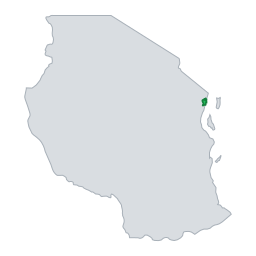 Tanga Urban, Tanga, United Republic of Tanzania shown in context
{"feature_id": "72390352B10610893489740", "entity_name": "Tanga Urban", "entity_type": "district", "adm_level": 2, "iso_a3": "TZA", "parent_name": "United Republic of Tanzania", "parent_adm1": "Tanga", "projection": "robinson", "projection_center": [39.063, -5.126], "detail": "fine", "context": "in_parent", "style": "filled", "palette": "green", "viewbox_px": 256, "rotation_deg": 0, "n_neighbors": 0, "source": "geoboundaries", "source_scale": "gbopen_adm2", "svg_char_len": 5159}
<svg xmlns="http://www.w3.org/2000/svg" viewBox="0 0 256 256"><path d="M91.8,192.1L88.8,190.3L86.0,189.2L83.8,188.0L82.8,186.9L80.7,186.4L78.8,186.2L77.2,185.1L73.7,184.7L73.3,184.0L73.2,182.4L72.6,181.9L71.4,181.5L70.0,181.5L69.2,181.8L68.7,181.6L67.6,180.7L66.5,179.5L66.1,177.5L64.5,176.3L62.7,175.3L57.6,175.4L56.8,175.1L55.6,174.1L54.2,172.5L53.1,170.7L52.1,168.1L51.0,164.7L45.1,151.2L44.5,148.7L43.4,145.8L41.5,142.3L39.5,139.8L36.8,137.4L33.8,135.1L32.1,133.5L29.0,127.1L28.3,124.1L27.8,121.1L28.0,119.8L30.0,115.8L30.1,114.7L29.9,113.2L28.9,110.0L27.7,106.2L25.2,99.2L24.8,97.4L24.8,96.1L26.3,88.9L26.3,87.9L32.1,88.1L36.3,85.0L40.0,80.3L40.8,78.4L42.3,75.4L43.8,73.9L44.3,72.8L45.2,69.9L47.1,67.8L49.0,66.3L48.6,65.2L48.9,64.8L49.9,64.0L51.9,63.3L52.3,61.7L52.3,59.9L52.0,58.9L52.0,57.8L51.7,57.2L50.4,57.0L48.5,56.1L46.8,55.8L45.7,55.2L45.3,54.9L45.1,53.8L46.0,51.1L45.1,50.0L47.1,45.4L47.5,44.9L48.2,44.8L49.4,44.3L50.5,44.1L51.4,44.3L52.0,44.1L52.6,43.6L53.1,42.1L53.5,39.5L53.2,37.4L52.4,35.8L52.2,33.3L52.5,30.0L52.3,27.3L51.3,25.1L50.4,23.8L48.9,23.2L46.6,19.8L45.9,18.2L46.0,17.2L46.8,16.8L48.3,16.9L49.6,16.5L50.9,15.6L52.2,15.4L52.8,15.5L111.0,15.5L179.0,58.4L179.3,59.0L179.8,62.7L179.7,63.9L178.7,66.0L178.4,67.2L178.4,67.9L178.6,68.2L179.5,68.4L180.3,68.9L180.5,69.3L181.1,70.9L181.9,71.7L207.7,92.7L208.3,93.1L207.9,94.8L206.5,99.1L206.4,100.9L205.8,103.0L205.2,104.4L203.8,110.4L202.5,112.7L200.8,118.0L200.5,122.0L201.5,124.8L201.8,127.5L203.8,130.1L205.4,131.0L206.5,132.2L208.4,134.9L209.5,137.7L212.9,139.0L214.3,142.0L213.8,144.1L212.2,145.9L210.7,148.7L209.5,152.4L209.5,158.1L210.3,157.2L212.1,158.6L212.3,162.8L210.5,167.7L209.9,169.9L209.8,171.9L211.1,177.7L213.2,180.7L213.0,181.6L212.5,182.4L216.0,187.6L215.7,192.2L217.0,195.7L217.6,198.8L218.5,201.2L218.7,202.8L217.6,204.6L220.1,205.0L221.6,206.5L222.3,207.9L224.2,207.9L225.2,208.8L226.6,209.6L229.8,212.0L230.7,213.2L231.2,214.3L222.4,221.8L219.3,223.8L217.0,224.6L214.6,225.1L212.3,226.3L210.1,228.2L207.3,229.1L203.9,229.1L200.4,230.4L194.8,234.3L191.5,232.1L189.0,231.4L186.0,231.5L184.2,231.8L183.6,232.2L183.0,233.6L182.6,235.7L180.7,237.8L177.3,239.8L174.2,240.5L171.3,240.0L169.4,239.2L168.4,238.0L166.9,237.5L164.9,237.6L163.1,238.4L161.3,240.0L158.4,240.6L154.5,240.4L152.4,239.7L152.1,238.4L150.4,236.9L147.2,235.1L144.9,235.1L143.4,236.8L142.0,237.8L140.8,238.2L139.7,238.3L138.1,237.8L133.8,237.7L129.6,237.7L129.2,235.3L128.4,233.9L127.6,233.0L126.2,232.8L125.8,232.1L125.3,230.6L124.6,229.3L123.7,228.3L123.1,227.3L122.9,226.4L123.1,225.4L123.9,222.9L124.2,221.2L124.1,219.5L123.6,217.7L122.6,215.6L122.7,215.0L122.4,213.6L122.4,212.6L122.5,211.3L122.3,209.6L121.5,206.1L121.5,205.2L120.6,203.5L117.8,199.5L117.7,198.9L113.4,194.9L111.7,194.0L111.1,194.7L110.8,195.4L111.0,196.7L110.9,197.4L110.7,197.7L109.7,197.6L109.1,197.5L107.4,196.4L106.2,196.1L103.0,196.3L101.9,196.6L101.1,196.3L99.4,194.5L97.4,194.1L95.7,194.0L92.8,191.9L91.8,192.1ZM213.4,124.2L214.8,128.7L214.6,129.5L213.6,130.0L213.1,130.1L212.5,129.3L212.0,127.8L211.3,128.2L210.0,126.4L208.7,126.3L207.5,124.2L208.0,122.3L207.7,119.1L209.1,117.4L209.9,114.7L210.8,116.6L211.0,119.5L212.2,123.0L213.4,124.2ZM220.2,97.5L220.3,98.6L220.0,99.6L220.1,102.8L220.0,104.9L218.9,107.8L218.1,108.8L217.3,108.5L216.6,108.1L216.2,107.3L217.2,101.9L216.6,98.0L218.6,98.4L220.2,97.5ZM217.3,162.1L216.3,162.4L215.9,162.1L215.3,161.2L216.4,160.5L217.4,159.0L219.8,156.9L221.0,155.2L220.8,156.8L219.4,160.5L218.3,160.7L217.3,162.1Z" fill="#d9dde1" stroke="#a8b0b8" stroke-width="1"/><path d="M202.3,100.3L202.3,100.6L202.3,100.8L202.3,101.0L202.4,101.3L202.5,101.3L202.7,101.5L202.7,101.9L202.7,102.0L202.8,102.1L203.0,102.2L202.9,102.5L203.0,102.6L203.1,102.8L203.3,103.0L203.3,103.4L203.4,103.5L203.3,103.8L203.4,104.0L203.4,104.3L203.2,104.4L203.0,104.5L203.0,104.8L202.8,104.9L202.7,105.0L202.6,105.3L202.7,105.5L202.8,105.6L203.0,105.7L203.3,105.4L203.5,105.3L203.7,105.2L204.0,105.1L204.3,105.1L204.5,105.0L204.8,105.0L205.0,105.0L205.3,105.0L205.5,105.0L205.5,104.9L205.6,104.7L205.8,104.4L205.8,104.2L205.7,104.2L205.3,104.2L205.4,103.9L205.5,103.8L205.6,103.7L205.8,103.4L205.9,103.2L206.0,103.0L206.0,102.9L205.9,102.9L205.9,102.7L206.0,102.7L206.0,102.4L206.1,102.2L206.3,102.0L206.4,101.9L206.5,101.9L206.4,101.9L206.5,101.8L206.5,101.7L206.6,101.8L206.6,101.7L206.6,101.4L206.5,101.2L206.5,100.9L206.5,100.7L206.4,100.6L206.3,100.8L206.2,100.8L205.9,100.8L205.7,100.8L205.4,100.8L205.4,101.0L205.4,100.9L205.5,100.8L205.6,100.6L205.8,100.4L205.8,100.5L205.8,100.4L205.7,100.4L205.6,100.5L205.4,100.5L205.2,100.5L205.1,100.4L205.3,100.3L205.4,100.2L205.5,100.2L205.7,99.9L205.7,100.0L205.8,100.0L206.0,100.0L206.1,99.9L206.2,100.0L206.3,100.0L206.3,99.9L206.4,100.0L206.5,100.0L206.6,99.9L206.6,99.7L206.6,99.4L206.4,99.3L206.4,99.2L206.2,99.2L205.9,98.9L205.9,99.0L205.8,98.9L205.7,98.9L205.4,98.8L205.4,98.7L205.4,98.8L205.2,98.8L205.0,98.7L204.9,98.7L204.7,98.7L204.5,98.8L204.4,98.8L204.3,99.0L204.2,99.1L203.9,99.2L203.8,99.3L203.7,99.5L203.4,99.9L203.2,99.8L202.9,99.8L202.8,100.0L202.7,100.0L202.4,100.2L202.3,100.3L202.3,100.3Z" fill="#22c55e" stroke="#15803d" stroke-width="1.5"/></svg>